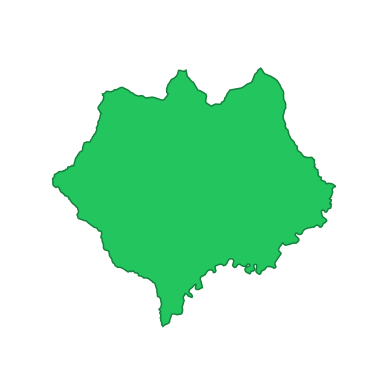 Balboa, Cauca, Colombia (Albers equal-area conic projection), rotated 15°
{"feature_id": "7082276B98120491021397", "entity_name": "Balboa", "entity_type": "district", "adm_level": 2, "iso_a3": "COL", "parent_name": "Colombia", "parent_adm1": "Cauca", "projection": "albers", "projection_center": [-77.202, 2.077], "detail": "fine", "context": "isolated", "style": "filled", "palette": "green", "viewbox_px": 384, "rotation_deg": 15, "n_neighbors": 0, "source": "geoboundaries", "source_scale": "gbopen_adm2", "svg_char_len": 6001}
<svg xmlns="http://www.w3.org/2000/svg" viewBox="0 0 384 384"><g transform="rotate(15 192 192)"><path d="M88.0,116.2L83.4,116.8L82.2,119.0L81.3,120.0L80.1,120.5L80.6,121.6L81.7,122.1L82.0,122.6L82.4,125.6L81.8,128.3L81.0,129.5L80.8,130.8L79.6,133.4L79.5,135.1L80.1,136.4L81.5,137.1L82.8,139.0L84.1,139.5L83.6,140.6L83.8,146.5L83.3,147.2L83.1,149.2L83.8,151.2L83.0,154.8L83.9,155.9L83.9,156.5L83.5,160.4L82.5,161.8L82.5,163.2L81.7,164.3L81.7,166.0L80.9,167.8L80.7,169.8L79.6,170.4L77.0,171.1L75.1,172.7L74.9,177.6L75.4,179.8L75.3,180.6L73.7,181.9L73.0,183.1L72.8,184.7L72.1,185.5L72.1,186.3L71.0,189.2L70.8,191.0L71.0,192.2L70.8,195.8L71.0,197.0L70.7,197.3L69.3,197.3L69.2,198.3L67.9,198.7L67.6,199.4L66.1,199.7L65.6,200.4L65.9,201.7L65.4,202.3L64.1,202.9L63.7,204.1L62.3,204.7L62.1,205.4L58.1,206.9L57.4,208.2L54.6,210.9L55.2,212.7L53.9,215.3L54.4,216.2L55.5,220.2L56.6,221.8L57.3,221.9L58.1,222.5L59.5,222.8L60.7,221.5L62.6,222.4L63.6,224.1L64.4,224.3L64.7,225.3L65.2,225.8L68.3,226.9L70.3,228.5L71.8,228.4L73.5,228.8L74.5,229.5L74.8,230.5L76.3,231.2L78.5,233.2L79.3,233.5L80.0,234.2L83.1,235.3L83.5,236.0L85.5,236.9L87.5,240.3L87.4,242.0L86.8,243.8L87.4,244.3L89.0,246.9L95.5,247.5L97.2,247.2L99.7,248.6L106.5,251.4L109.3,251.4L112.0,253.7L113.0,253.5L114.8,253.8L115.5,255.5L115.7,259.5L117.4,260.6L118.0,262.8L118.6,263.5L118.8,264.2L119.7,264.8L121.0,269.0L121.5,269.7L123.0,270.5L125.3,270.4L127.1,270.9L128.9,275.0L132.1,277.8L132.7,279.4L134.1,280.9L135.5,281.3L137.0,283.1L139.9,284.0L142.2,283.3L145.4,283.8L151.0,285.8L152.5,284.4L153.9,284.7L154.7,283.8L156.3,283.6L157.5,284.8L160.8,284.5L161.6,285.6L161.7,286.3L162.3,286.7L164.6,286.3L167.8,287.5L169.6,286.9L172.0,286.8L176.6,288.6L177.7,289.4L179.6,289.6L183.6,295.8L184.1,298.2L185.1,299.3L185.4,301.3L186.1,301.9L187.1,301.9L188.9,302.7L190.9,307.0L191.6,307.9L191.7,311.6L190.5,313.9L192.6,315.3L192.7,316.0L192.2,316.5L192.2,317.1L192.4,317.6L193.3,318.1L193.9,319.3L194.0,322.0L195.2,323.4L195.1,324.4L196.3,325.6L197.1,328.0L198.7,329.4L199.9,327.5L202.8,325.3L203.9,323.7L203.6,320.7L204.0,317.7L203.9,315.3L206.4,314.2L208.7,314.5L209.8,314.2L213.1,312.6L213.7,311.7L213.6,308.7L212.3,305.5L212.5,298.8L211.6,297.7L210.7,295.7L210.9,294.7L211.6,293.7L211.4,292.2L211.7,291.8L212.4,291.8L213.9,292.3L215.1,293.4L219.1,293.9L219.5,293.1L218.7,291.6L217.7,290.8L215.8,290.2L214.9,289.1L214.8,288.4L215.0,286.7L217.1,283.9L218.4,281.2L219.2,280.3L219.9,280.3L220.2,284.0L220.7,284.7L221.5,285.0L223.8,284.4L226.2,281.9L226.8,281.7L224.2,276.6L222.7,274.6L222.3,273.2L222.9,271.1L224.8,269.9L226.0,268.5L227.1,265.0L227.9,263.7L229.4,262.5L230.7,262.3L233.0,262.9L233.5,264.2L234.7,264.0L235.4,262.8L235.4,261.8L234.0,259.4L233.8,257.9L234.1,257.1L235.4,256.0L238.2,254.3L240.0,254.3L241.7,255.0L243.0,254.1L244.1,252.2L244.6,249.2L245.2,247.5L247.0,246.3L248.6,246.3L249.9,247.2L250.3,248.3L250.2,252.3L250.8,253.0L252.4,253.9L253.8,253.2L254.9,250.5L255.6,249.8L257.3,249.4L259.1,250.3L261.3,250.4L263.4,249.7L264.6,247.0L266.2,247.0L266.9,247.6L266.9,248.4L263.6,250.9L263.1,252.3L263.2,253.2L263.7,254.2L265.2,255.4L268.8,256.1L269.2,255.9L269.6,254.0L270.1,253.0L271.6,252.5L272.6,251.4L272.3,249.9L271.1,248.3L270.7,247.3L271.0,246.2L272.3,245.4L273.0,245.4L273.6,246.2L274.4,252.3L275.4,253.1L278.2,254.1L279.4,253.3L279.7,250.4L282.5,247.9L283.0,246.0L283.9,244.6L287.0,243.8L289.3,243.8L290.4,244.4L291.6,244.1L292.3,243.2L292.4,242.5L290.8,240.4L290.5,239.1L291.1,236.6L293.9,228.8L293.7,227.9L291.2,226.5L290.5,225.1L290.8,222.6L292.1,219.8L292.5,218.0L293.1,217.7L294.8,218.9L296.1,219.2L299.4,217.5L302.3,215.5L306.0,214.3L307.6,211.7L307.6,210.2L307.0,209.5L303.1,207.2L302.7,206.1L303.2,204.9L304.2,204.6L305.4,205.3L306.5,205.3L308.2,204.7L309.0,203.4L309.3,200.9L310.9,198.4L313.5,196.7L319.2,194.1L320.0,192.6L321.5,191.6L322.9,191.7L324.2,192.8L325.4,192.7L326.4,191.6L327.1,188.2L328.3,187.4L329.5,185.3L329.5,184.6L328.4,183.6L324.3,182.0L322.4,178.5L322.0,176.9L322.3,175.9L324.1,175.5L325.5,176.8L326.7,176.8L327.5,175.6L327.9,173.1L330.0,171.7L330.1,169.4L329.5,168.8L329.7,167.6L328.9,167.1L328.1,167.4L328.0,167.0L328.8,164.6L328.6,163.5L326.8,163.3L326.5,162.8L326.6,162.3L327.6,161.4L327.2,160.3L327.8,159.3L327.7,157.7L328.0,156.6L327.7,155.2L326.7,153.3L326.7,152.6L327.9,150.5L329.0,149.8L328.9,149.1L325.3,147.9L324.0,147.9L321.8,148.2L319.5,149.3L317.7,147.4L314.0,147.2L313.2,146.0L313.1,144.3L311.3,144.4L309.5,143.1L309.0,141.6L309.0,140.6L308.4,139.9L307.8,138.1L306.1,137.8L305.2,136.8L303.8,136.3L304.0,135.8L303.6,135.3L303.8,133.9L302.3,132.0L302.3,130.3L301.7,129.1L301.1,129.2L299.5,127.8L298.5,127.6L294.2,129.0L292.8,128.6L291.4,129.0L288.6,127.4L287.1,125.9L284.0,124.8L283.1,124.1L282.1,122.4L282.2,121.5L281.5,120.5L279.4,119.7L277.9,117.6L275.8,116.0L274.3,115.5L270.3,110.9L269.4,108.7L268.2,106.9L266.2,106.4L266.0,105.3L264.7,104.2L265.0,103.2L264.9,102.3L261.3,97.6L260.1,94.6L260.5,93.0L260.1,89.1L260.8,86.9L260.7,86.0L260.1,85.0L259.9,83.2L258.8,81.2L257.5,80.0L256.6,78.6L255.3,75.0L255.0,72.9L254.1,71.0L251.0,68.2L249.4,66.0L245.6,62.5L242.2,61.0L238.4,59.9L231.9,59.1L230.6,58.4L227.8,55.6L226.3,54.6L224.1,57.4L224.0,59.4L222.2,62.3L221.5,69.4L220.7,71.1L217.2,73.6L215.7,75.8L213.5,78.1L212.3,79.0L202.3,83.7L200.6,88.0L200.1,91.5L199.4,92.6L199.5,95.1L199.0,96.2L197.5,97.6L197.0,99.6L195.9,100.2L192.1,100.9L190.7,101.9L188.6,104.1L183.2,102.5L182.3,101.9L181.6,100.6L181.3,95.9L180.1,93.9L174.7,92.3L171.1,91.9L165.0,85.8L162.4,84.9L159.5,82.6L157.7,81.8L154.6,75.9L153.5,77.3L152.0,77.7L148.3,77.7L147.5,78.1L147.6,81.5L147.1,83.8L145.4,86.7L143.3,88.3L142.6,89.5L142.3,91.3L141.1,94.5L140.8,98.9L141.7,101.9L142.3,102.8L143.4,103.3L143.4,104.8L140.9,110.4L139.1,111.0L131.2,110.5L128.9,110.7L123.3,113.1L122.6,113.1L119.6,111.9L117.7,112.2L116.1,113.1L114.9,113.2L111.8,113.0L109.4,111.9L106.9,111.6L104.3,110.3L98.0,109.0L96.7,109.2L94.9,110.5L93.1,112.4L90.4,113.4L90.1,114.7L88.8,115.3L88.0,116.2Z" fill="#22c55e" stroke="#15803d" stroke-width="1.5"/></g></svg>